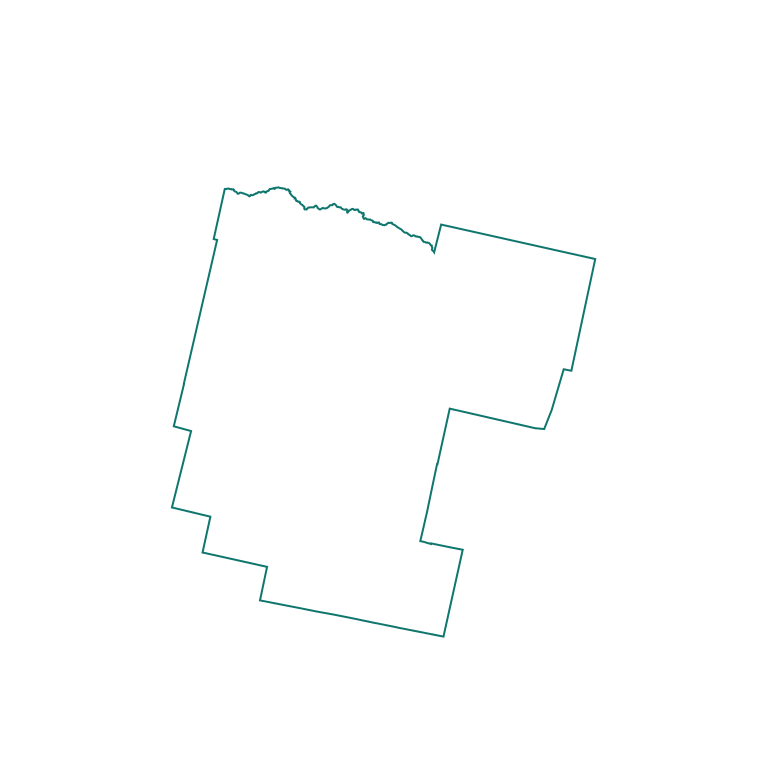 Ayacucho, Buenos Aires, Argentina (Natural Earth projection), rotated 60°
{"feature_id": "61730980B23914757099295", "entity_name": "Ayacucho", "entity_type": "district", "adm_level": 2, "iso_a3": "ARG", "parent_name": "Argentina", "parent_adm1": "Buenos Aires", "projection": "natural_earth1", "projection_center": [-58.84, -36.976], "detail": "fine", "context": "isolated", "style": "outline", "palette": "teal", "viewbox_px": 768, "rotation_deg": 60, "n_neighbors": 0, "source": "geoboundaries", "source_scale": "gbopen_adm2", "svg_char_len": 6033}
<svg xmlns="http://www.w3.org/2000/svg" viewBox="0 0 768 768"><g transform="rotate(60 384 384)"><path d="M466.2,215.1L381.4,138.6L274.5,254.8L295.0,274.7L294.2,274.7L293.9,274.8L292.9,275.0L292.4,275.3L291.7,275.4L291.0,274.8L290.3,274.0L289.4,274.0L288.4,273.8L288.0,273.4L287.6,273.7L287.2,274.1L285.8,274.2L284.7,274.4L284.4,274.6L283.5,275.3L283.1,275.7L283.2,276.1L282.9,276.5L282.3,277.1L281.5,277.5L280.7,278.6L280.1,278.8L279.7,278.6L279.2,278.6L278.5,279.0L277.8,279.0L277.3,278.9L276.4,279.1L275.1,279.2L274.8,279.4L274.6,279.6L274.2,280.3L274.0,280.5L273.6,280.7L272.9,281.4L272.9,281.8L272.5,282.1L272.1,282.7L271.8,282.7L271.6,282.9L271.2,283.2L270.7,283.3L270.6,283.5L270.4,283.8L270.0,284.1L269.8,284.5L269.9,285.6L269.8,286.2L269.6,286.6L269.0,286.8L268.6,287.0L268.1,287.1L267.8,287.3L267.2,287.4L267.0,287.8L266.6,288.1L266.2,288.1L265.4,288.2L265.3,288.4L264.9,288.5L264.4,288.7L263.8,289.5L263.5,290.2L263.0,290.4L262.5,290.7L261.4,291.0L260.5,291.4L259.1,291.6L258.7,291.8L256.7,293.0L255.5,293.5L254.8,294.1L253.5,294.4L252.3,294.9L251.3,295.6L250.6,296.0L249.6,296.8L249.2,296.7L248.8,296.5L248.4,296.5L248.1,296.7L248.1,297.2L247.7,297.6L247.5,297.9L247.3,298.8L246.8,299.2L246.6,299.5L246.7,301.3L246.9,301.8L247.1,302.3L247.0,302.6L246.7,303.1L246.9,303.8L246.7,304.2L245.5,305.8L245.3,305.9L244.6,306.1L244.2,306.4L244.0,307.0L243.5,307.5L243.2,307.8L242.8,307.7L242.2,307.5L241.8,307.5L241.5,307.8L241.3,308.1L241.2,308.5L241.3,309.0L240.7,309.9L240.2,310.0L240.2,310.4L239.5,311.0L239.2,311.1L238.4,312.4L238.1,312.4L237.5,312.1L237.2,312.1L236.4,312.5L235.9,313.2L235.5,313.5L234.7,313.7L234.3,314.5L234.0,314.7L233.8,315.1L233.7,315.4L233.5,315.5L233.4,315.8L233.1,316.2L232.9,316.4L231.9,316.7L231.5,316.8L231.2,317.0L231.1,317.3L231.2,318.1L231.1,318.6L230.5,318.9L230.1,318.9L229.6,318.9L229.2,318.5L228.9,318.4L228.5,318.5L228.2,318.5L228.1,318.2L227.9,317.6L227.5,316.9L226.1,316.6L225.9,316.3L225.6,316.4L225.5,316.5L225.8,317.0L225.8,317.3L225.6,317.7L225.2,317.9L224.1,317.9L223.2,318.9L222.8,319.1L222.7,319.5L222.3,319.6L221.6,319.6L221.3,319.4L220.8,319.5L220.5,319.5L220.2,319.3L219.9,319.4L219.4,320.0L219.4,320.4L218.9,321.2L218.9,322.2L218.5,322.6L218.2,322.6L217.5,323.1L216.9,323.3L216.7,323.5L216.5,324.1L216.4,324.4L216.5,324.8L216.4,325.5L216.5,326.1L216.4,326.6L216.4,327.2L216.5,327.7L216.7,328.2L216.7,328.5L216.8,328.9L217.2,329.3L217.4,329.6L217.4,329.9L217.2,330.1L216.9,330.1L216.3,329.9L216.2,329.7L216.2,329.4L216.4,329.1L216.2,328.9L215.7,328.8L215.5,329.1L214.8,329.0L214.5,328.9L214.2,329.0L213.7,329.5L213.8,330.0L213.8,330.3L213.3,331.1L213.0,331.4L212.6,331.7L212.2,332.1L211.7,332.5L211.3,332.8L210.9,332.9L209.3,333.2L209.1,333.5L208.9,334.0L208.6,334.4L208.2,334.8L207.8,334.9L207.5,335.7L207.0,336.1L206.5,336.2L205.6,336.1L205.2,336.2L203.2,336.8L203.0,337.2L202.9,337.6L202.7,338.0L203.3,339.2L203.2,339.7L202.7,340.2L202.3,341.0L202.2,341.6L202.3,341.9L202.8,342.6L202.9,343.0L202.8,343.5L203.0,344.4L203.1,344.7L203.1,345.2L203.0,345.5L202.8,346.8L202.4,347.4L201.8,348.2L201.5,348.4L201.1,348.9L200.9,349.0L200.9,350.1L200.9,351.0L201.0,351.8L200.8,352.3L200.0,352.9L199.5,352.9L198.5,353.4L198.2,353.4L197.4,353.2L196.7,353.3L196.1,353.6L195.8,353.6L195.5,353.7L195.4,354.1L195.3,354.5L195.7,355.3L195.6,356.0L195.9,356.5L195.8,356.8L194.7,358.5L194.3,359.3L193.9,360.1L193.9,360.4L193.5,361.0L193.4,361.7L193.5,362.0L193.7,362.4L193.7,363.1L194.2,363.6L194.0,364.0L193.6,364.3L193.2,365.3L192.3,365.4L191.9,365.2L191.4,364.7L191.0,364.4L190.1,364.8L189.4,364.7L188.8,365.1L188.4,365.1L187.8,365.3L187.4,365.7L185.8,366.2L185.1,366.3L184.6,365.9L184.1,366.0L183.8,366.2L183.6,366.8L183.4,367.1L183.1,367.3L182.6,367.3L182.3,367.5L182.1,367.8L181.8,368.3L181.5,368.4L180.7,368.4L180.5,368.2L180.0,368.0L179.3,368.1L178.8,368.0L178.5,367.8L178.3,367.9L178.3,368.5L178.1,368.4L178.0,368.2L177.7,368.3L177.4,368.5L176.0,369.3L175.8,369.3L174.4,369.8L173.6,369.6L172.8,369.8L172.4,370.0L172.0,370.0L171.6,370.1L171.3,370.1L171.0,369.8L170.8,369.8L170.6,369.6L170.6,368.9L170.4,368.9L170.2,369.0L169.4,369.7L169.0,369.9L168.8,369.8L168.8,369.4L168.6,369.3L168.3,369.4L167.4,369.8L167.2,371.1L166.9,371.6L166.4,371.8L165.4,372.1L165.2,372.5L164.2,373.4L163.8,374.0L163.8,374.4L163.4,374.6L163.0,375.0L161.8,376.5L161.0,377.0L160.8,377.8L160.7,378.1L160.3,378.6L159.9,379.9L160.3,380.9L160.3,381.2L159.8,381.3L159.5,381.2L159.2,381.4L159.2,381.9L159.3,382.2L159.3,382.5L158.9,383.0L158.7,383.9L158.2,385.0L158.3,385.2L158.1,385.7L158.2,386.2L158.7,386.8L158.9,387.4L158.8,387.6L158.9,388.0L158.7,388.3L158.7,388.8L158.7,389.2L158.6,389.5L158.8,389.9L158.7,390.1L158.9,390.3L158.7,390.4L158.8,390.9L158.0,391.2L158.0,391.6L157.1,391.9L156.8,392.3L156.7,393.0L156.5,394.2L156.7,394.8L156.3,395.4L156.0,395.5L155.1,396.4L155.1,396.8L155.1,397.5L155.3,398.0L155.2,398.4L155.4,398.7L155.4,399.0L154.9,399.6L154.9,399.9L155.0,400.3L154.9,400.7L154.8,401.1L155.0,402.5L154.9,403.1L154.7,403.6L154.0,404.3L153.7,404.6L153.7,405.0L154.2,405.7L154.1,406.1L153.9,406.3L154.1,406.8L153.8,407.0L153.2,407.1L152.2,407.6L151.5,408.1L150.8,408.6L150.5,409.0L149.8,409.6L148.7,410.2L148.5,410.5L148.3,411.0L147.3,411.7L146.8,412.2L146.5,412.6L146.3,413.2L146.3,413.8L146.5,414.6L146.4,415.1L146.0,415.6L143.9,415.8L142.6,416.9L141.7,417.2L141.3,417.2L140.8,416.9L140.0,417.1L139.9,417.8L139.6,418.1L139.5,418.5L138.9,418.7L138.6,419.2L138.4,419.7L138.1,420.1L137.7,420.4L137.3,420.5L137.1,421.0L136.7,421.6L136.6,421.9L136.3,422.5L136.3,423.2L135.5,424.2L135.5,424.4L173.3,459.0L175.8,456.5L283.7,557.2L283.9,557.1L315.5,587.2L328.3,574.6L384.9,629.4L412.1,600.7L439.2,625.4L483.9,576.7L509.4,599.6L526.1,580.4L533.8,571.5L547.5,555.9L558.4,543.0L569.5,530.3L584.7,513.3L600.3,495.5L602.2,493.5L632.5,458.8L566.9,398.7L558.4,408.5L545.6,422.9L546.1,423.3L540.5,428.6L538.2,431.1L525.8,419.5L520.7,414.8L517.0,411.3L499.4,395.6L479.9,378.1L480.2,377.8L438.2,339.4L497.7,275.4L503.1,267.8L490.3,251.7L461.1,221.0L466.2,215.1Z" fill="none" stroke="#0f766e" stroke-width="2"/></g></svg>